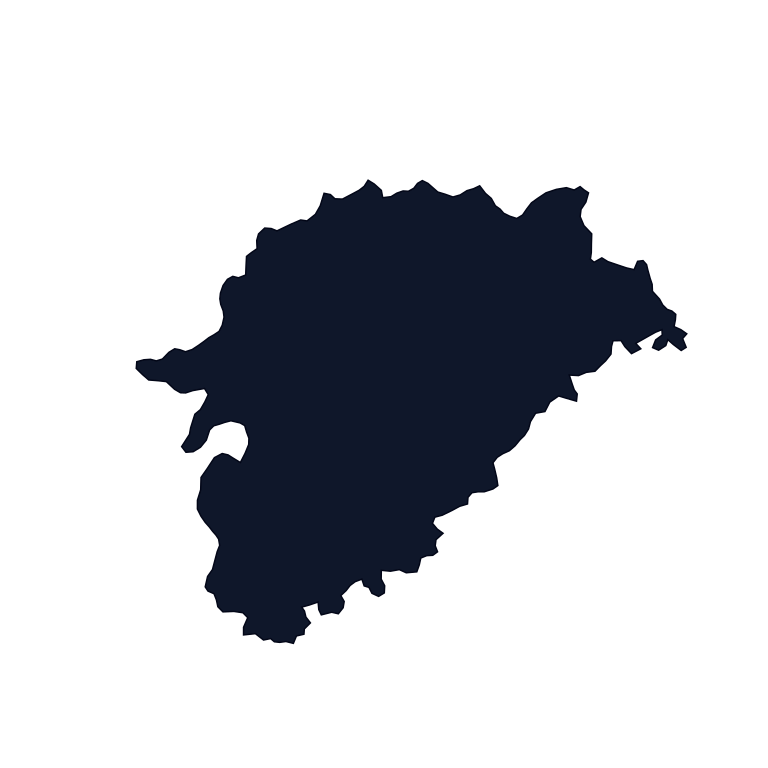 outline of Conchas, São Paulo, Brazil, rotated 223°
{"feature_id": "56859067B88787741870542", "entity_name": "Conchas", "entity_type": "district", "adm_level": 2, "iso_a3": "BRA", "parent_name": "Brazil", "parent_adm1": "São Paulo", "projection": "natural_earth1", "projection_center": [-48.053, -22.963], "detail": "fine", "context": "isolated", "style": "filled", "palette": "ink", "viewbox_px": 768, "rotation_deg": 223, "n_neighbors": 0, "source": "geoboundaries", "source_scale": "gbopen_adm2", "svg_char_len": 3663}
<svg xmlns="http://www.w3.org/2000/svg" viewBox="0 0 768 768"><g transform="rotate(223 384 384)"><path d="M237.7,392.3L245.3,397.4L250.6,400.7L251.2,407.6L249.6,414.0L246.8,420.7L246.0,428.2L246.5,436.2L246.2,442.1L247.6,449.6L251.2,456.3L253.2,466.0L247.5,473.6L250.4,483.8L248.1,494.4L240.8,498.0L231.5,502.7L235.9,508.5L240.8,509.4L246.3,512.3L254.6,516.9L247.5,522.8L244.0,530.5L238.4,537.2L238.2,545.1L237.7,552.0L238.4,560.7L243.2,566.6L246.0,571.8L240.2,577.4L233.3,575.6L223.7,575.0L220.2,584.9L227.6,585.4L225.8,591.1L223.0,600.0L220.7,607.1L217.8,613.3L213.9,609.6L215.4,601.5L212.4,593.8L206.2,596.0L204.1,604.3L206.7,610.0L199.4,610.2L189.5,611.2L188.0,616.9L196.6,620.9L196.8,627.2L204.0,626.2L211.0,623.8L214.7,629.7L218.1,633.9L223.2,633.7L227.9,631.7L234.1,631.9L240.3,634.0L250.9,634.9L255.9,639.8L261.3,642.7L268.8,647.3L273.4,650.4L278.7,650.9L282.2,646.7L279.1,638.2L285.8,634.3L292.8,631.1L298.8,628.4L303.7,626.2L310.7,624.8L313.4,616.3L318.2,616.1L322.1,621.6L328.0,628.1L334.5,635.5L345.8,636.2L354.7,640.2L359.0,646.1L360.4,654.7L364.8,663.3L370.0,662.4L375.2,662.1L377.2,655.6L384.5,652.0L390.7,643.9L395.9,634.3L398.2,624.6L399.7,617.1L399.0,609.6L397.9,602.1L399.8,595.6L406.4,592.5L413.0,590.5L418.4,591.1L424.1,590.3L432.1,592.9L439.8,592.6L449.2,594.2L451.7,587.9L455.2,582.0L457.2,574.3L461.1,567.8L468.9,564.4L475.6,561.1L488.7,560.7L494.7,558.9L496.3,553.6L495.7,547.5L497.6,541.6L501.7,538.2L504.8,532.3L506.6,525.8L512.0,519.4L518.0,523.8L527.6,523.6L534.6,522.2L533.3,515.1L534.3,508.8L536.5,502.3L540.5,490.9L546.2,486.0L552.4,486.0L557.9,482.6L552.2,470.9L549.9,461.3L551.5,450.8L556.8,447.1L560.8,438.0L563.3,431.7L566.7,423.0L572.5,420.8L577.6,416.7L578.1,408.2L575.0,402.2L569.1,396.4L570.6,389.7L571.6,383.6L565.7,376.6L559.5,369.4L562.9,362.4L568.0,359.6L569.9,353.8L568.9,346.3L565.6,338.9L562.1,334.3L557.7,330.9L551.4,327.8L546.6,323.8L542.4,316.7L540.5,310.0L541.9,304.1L543.7,298.4L544.7,292.3L546.0,285.8L547.8,278.4L551.2,272.2L556.7,269.8L561.1,267.0L562.9,260.5L563.1,251.1L566.3,245.6L571.6,242.8L576.1,238.0L580.0,231.7L575.8,226.4L567.0,226.2L558.8,226.5L551.0,232.7L544.8,237.3L539.0,237.3L533.6,237.3L526.9,238.8L523.0,242.2L519.4,248.7L516.2,253.0L512.2,258.3L505.3,256.4L502.8,248.7L500.8,240.0L501.7,232.9L495.5,220.0L491.9,214.5L490.7,207.9L489.3,200.2L482.3,199.0L477.4,204.3L475.1,212.6L475.7,221.8L480.2,231.5L480.0,237.3L476.9,242.5L474.4,247.2L470.9,252.7L462.7,257.4L457.5,258.6L451.8,255.2L445.8,252.2L441.7,247.5L438.3,238.5L435.5,228.6L444.3,226.8L449.7,225.8L454.9,222.8L457.8,214.5L455.5,200.9L454.1,190.9L445.9,181.6L441.2,171.8L435.2,165.3L427.7,162.5L420.5,160.9L414.2,160.3L408.9,159.4L403.9,158.9L399.2,157.8L394.1,153.9L391.7,147.7L382.9,131.3L381.8,123.0L376.4,113.7L371.5,112.5L365.3,114.7L359.3,111.8L353.6,107.8L346.4,107.5L338.7,115.3L331.2,120.5L324.3,120.2L320.8,110.3L315.6,104.7L307.8,113.7L297.5,114.6L293.3,120.5L288.4,120.7L284.1,123.9L280.1,128.8L273.4,132.5L276.2,140.0L271.9,146.4L275.2,150.5L274.9,159.1L282.2,160.3L287.3,163.7L292.0,164.7L287.9,171.4L283.5,179.6L277.8,174.5L272.4,172.4L266.6,181.4L260.7,184.8L261.3,192.5L264.8,197.8L271.3,199.8L270.8,207.0L271.4,213.5L270.3,219.7L267.1,226.2L260.8,222.8L256.3,225.0L250.1,222.7L243.1,225.0L241.3,231.4L245.9,236.9L253.0,239.4L258.9,245.9L251.6,251.5L246.2,258.7L239.0,261.1L231.9,269.0L234.9,275.9L238.4,281.8L235.7,287.6L231.5,292.0L230.4,297.8L236.2,300.6L239.8,305.6L239.0,315.1L246.0,314.2L253.5,315.1L256.0,321.3L251.9,327.8L248.0,338.0L245.3,346.1L241.1,353.2L245.3,358.4L245.5,364.5L241.8,369.2L237.2,373.5L232.7,381.6L231.5,387.4L237.7,392.3Z" fill="#0f172a" stroke="#020617" stroke-width="1.5"/></g></svg>